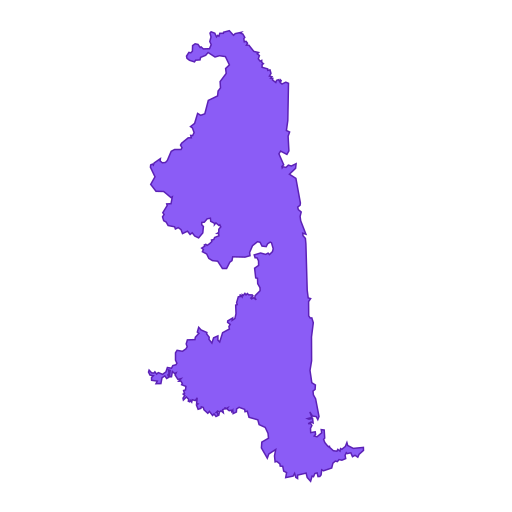 Bajo Baudó (Pizarro), Chocó, Colombia, rotated 180°
{"feature_id": "7082276B26608751492830", "entity_name": "Bajo Baudó (Pizarro)", "entity_type": "district", "adm_level": 2, "iso_a3": "COL", "parent_name": "Colombia", "parent_adm1": "Chocó", "projection": "robinson", "projection_center": [-77.183, 5.002], "detail": "fine", "context": "isolated", "style": "filled", "palette": "violet", "viewbox_px": 512, "rotation_deg": 180, "n_neighbors": 0, "source": "geoboundaries", "source_scale": "gbopen_adm2", "svg_char_len": 6066}
<svg xmlns="http://www.w3.org/2000/svg" viewBox="0 0 512 512"><g transform="rotate(180 256 256)"><path d="M362.9,141.9L363.5,139.9L362.0,136.9L358.7,136.3L360.5,134.4L360.4,131.7L354.7,130.9L356.0,128.3L351.1,128.4L350.0,134.2L347.2,136.1L345.3,133.5L343.1,134.8L344.2,137.1L343.0,138.5L343.5,142.1L341.8,141.6L342.6,136.5L341.6,135.2L340.5,135.2L339.6,140.5L337.4,138.5L335.9,139.2L336.9,137.0L334.1,132.6L330.9,133.4L333.2,130.8L331.1,130.9L329.7,128.6L330.4,127.3L326.1,125.6L326.5,122.1L328.4,121.5L327.5,118.6L328.8,117.9L327.2,116.5L329.0,113.9L328.6,112.0L325.6,115.0L323.3,112.7L323.7,110.8L322.3,110.2L321.6,111.6L320.3,109.9L319.8,112.3L316.7,111.4L314.8,114.2L315.4,108.7L314.0,108.1L315.6,107.1L313.9,102.7L311.1,103.6L310.7,105.2L308.8,104.6L308.0,102.2L304.2,98.7L302.6,100.6L299.4,96.5L298.0,98.1L296.0,95.5L293.2,96.8L292.9,98.3L294.2,97.4L294.4,99.4L295.8,99.5L294.4,101.0L292.6,99.9L291.0,101.2L288.7,99.3L289.3,102.4L287.2,103.2L287.1,104.7L286.4,103.2L284.2,104.3L285.0,103.0L282.8,101.3L280.8,101.8L280.3,100.3L279.2,101.9L278.9,98.4L275.6,100.0L275.4,103.1L272.9,104.7L267.3,102.6L267.0,100.3L264.7,100.8L263.0,94.7L254.2,92.2L252.9,87.4L246.8,84.6L244.0,78.7L243.5,73.8L250.2,69.9L250.6,64.1L244.7,53.8L243.2,58.0L236.3,62.5L237.5,56.1L236.9,50.1L235.2,50.6L232.1,48.1L231.8,45.9L229.3,45.7L228.3,40.9L225.4,39.4L226.3,34.4L218.9,35.9L217.4,38.6L216.2,34.6L214.4,33.5L214.4,36.9L205.9,38.9L204.8,34.5L201.4,30.7L199.9,35.9L198.5,35.3L197.1,38.5L194.9,39.1L194.0,35.4L192.2,35.5L190.9,37.1L190.3,42.2L188.5,41.2L180.3,44.0L179.1,48.8L176.7,50.9L174.6,50.4L173.0,52.4L170.1,51.8L166.3,53.4L166.9,56.7L165.7,59.3L164.8,58.4L161.2,59.2L159.5,55.3L157.0,56.7L154.2,54.8L152.9,57.7L148.5,61.6L148.6,64.6L158.7,63.6L164.3,66.5L165.1,69.4L166.7,65.5L170.2,62.7L171.4,63.4L172.0,60.9L174.2,62.6L175.1,60.8L178.7,61.3L182.4,64.7L182.6,66.3L182.9,64.9L184.2,65.8L187.2,69.5L188.4,72.6L187.3,73.9L187.8,82.0L190.8,82.4L190.3,79.2L195.0,75.2L197.8,76.0L196.4,77.7L196.8,80.2L201.3,79.4L201.5,83.7L200.1,86.5L201.3,88.4L203.8,88.3L200.9,90.0L198.9,89.0L199.4,93.5L203.0,92.8L204.5,93.4L200.1,94.6L202.2,100.1L199.6,96.0L195.8,95.4L194.2,92.4L193.0,95.5L196.4,113.2L198.6,117.1L199.0,120.9L196.9,122.6L196.6,127.0L200.2,129.3L202.0,141.6L200.4,151.2L200.5,175.1L198.7,189.3L200.2,194.1L201.8,194.0L203.3,196.1L203.4,210.4L201.4,213.4L203.8,214.1L204.8,221.8L206.1,268.0L206.6,273.6L209.0,276.3L209.3,278.8L206.1,277.8L211.3,291.2L211.9,295.6L210.8,300.0L213.7,302.4L214.3,304.9L211.9,306.8L211.6,309.0L216.1,333.6L222.6,337.8L216.4,343.7L215.9,348.3L220.7,346.0L223.6,346.9L226.0,344.6L229.1,345.2L229.8,344.2L230.1,345.6L228.3,347.2L233.1,358.2L231.4,360.9L225.1,357.6L223.1,361.1L223.9,375.8L222.4,380.0L225.6,381.5L224.2,391.4L223.5,428.7L226.2,429.8L230.0,428.0L231.8,429.4L230.8,431.3L231.8,432.3L232.4,430.6L233.6,432.3L235.5,431.6L236.2,429.5L239.5,432.0L239.2,433.6L241.3,433.7L240.1,435.3L242.6,435.9L241.0,438.6L242.0,442.1L244.2,441.6L244.3,443.1L249.9,444.7L249.9,447.4L248.6,448.3L250.2,449.6L250.3,451.6L251.8,450.8L253.7,453.1L252.6,456.5L254.8,458.2L253.4,459.5L258.2,460.6L263.1,466.8L265.6,466.8L264.5,468.8L266.0,470.7L267.7,470.2L268.2,473.4L267.2,474.6L269.2,478.0L271.5,478.8L270.6,479.7L276.8,478.4L278.5,476.7L282.7,481.3L288.4,479.8L288.6,478.7L292.2,478.7L293.1,475.8L294.3,476.6L295.5,475.1L297.2,478.8L300.9,480.2L302.0,478.9L301.0,475.0L302.2,470.5L300.8,467.3L302.5,463.3L308.7,463.1L310.9,465.1L311.8,464.5L314.0,467.6L316.9,468.2L319.4,466.4L319.6,460.8L321.2,459.2L323.1,459.6L325.5,455.9L325.0,453.6L322.5,451.7L317.5,450.1L316.4,451.8L312.0,452.1L311.4,454.6L306.3,456.7L303.9,459.5L297.0,455.0L292.5,456.3L286.6,455.4L282.6,447.1L286.4,443.5L285.8,438.6L291.9,430.4L291.5,424.1L293.9,421.0L294.4,416.1L303.7,411.6L307.2,398.2L311.3,396.7L314.4,398.6L317.4,388.6L321.5,385.4L319.6,384.1L317.9,379.4L319.4,376.4L321.3,376.6L320.7,374.2L323.8,374.2L330.3,368.9L331.5,366.9L330.0,364.2L331.0,362.5L337.4,362.5L340.8,360.7L344.7,351.5L346.6,349.5L349.7,349.2L351.9,351.1L351.6,353.4L357.9,349.0L358.7,346.9L359.5,347.9L361.3,347.1L361.6,344.8L357.0,335.2L361.3,327.6L356.0,320.7L348.3,320.5L341.0,314.4L339.7,315.2L341.0,308.3L345.3,308.1L344.8,306.5L349.2,299.3L347.9,297.5L349.5,295.2L348.3,291.3L345.8,289.9L343.9,286.5L337.4,285.2L336.6,283.0L333.8,284.4L331.0,282.4L329.5,278.4L324.5,280.8L321.9,277.5L319.8,279.2L317.3,276.0L313.4,274.1L309.2,279.1L308.6,285.5L310.3,287.3L310.2,289.6L307.7,289.8L304.8,293.2L301.6,293.8L301.3,290.7L297.4,288.6L297.5,287.4L296.1,289.1L293.0,286.5L292.2,287.2L291.2,285.1L293.2,282.8L293.3,279.6L294.8,278.6L293.4,278.5L293.1,276.2L297.4,274.5L298.2,272.5L300.5,272.0L300.2,270.4L302.3,268.4L304.9,266.6L306.2,267.7L307.7,267.0L307.3,265.8L310.3,263.9L308.6,262.5L309.6,260.3L305.3,258.0L303.2,253.6L299.6,251.4L294.3,250.8L289.6,243.5L285.4,243.5L282.2,249.8L280.0,251.4L279.3,255.2L267.0,254.9L262.0,256.3L262.4,259.5L259.5,266.3L254.5,270.3L251.9,269.7L250.0,265.9L245.8,265.4L244.4,268.2L241.8,269.9L240.5,269.2L238.8,263.3L239.5,260.4L242.6,257.4L243.9,258.9L246.3,257.6L251.4,259.0L257.8,257.1L256.9,254.2L255.0,254.2L253.5,251.2L253.4,246.6L257.4,243.8L256.3,234.1L254.5,233.7L254.3,228.3L252.0,224.3L251.9,221.3L256.9,216.3L257.2,214.0L255.7,212.2L258.5,214.2L260.4,213.1L261.2,213.9L259.0,216.1L259.8,217.1L263.4,217.2L264.6,218.5L266.0,217.1L267.1,218.6L268.8,216.5L269.8,217.3L269.9,215.1L272.2,217.5L271.5,215.5L273.7,215.2L275.4,209.4L274.8,207.4L276.3,206.9L276.0,198.3L277.1,193.5L279.8,191.7L279.4,194.0L284.3,191.1L284.4,189.6L281.8,187.6L283.1,185.5L282.6,183.0L289.4,179.3L292.3,170.0L294.1,171.9L294.1,176.1L298.4,174.2L300.1,168.9L303.0,172.6L302.8,174.8L305.4,178.1L305.1,179.5L311.0,182.1L313.3,184.7L314.7,179.9L313.1,178.7L316.7,174.7L317.0,172.4L324.6,172.1L325.8,168.1L324.8,165.2L326.1,163.1L329.6,160.7L334.9,161.7L336.5,159.2L336.5,151.8L335.1,148.8L336.0,147.3L339.2,146.4L340.5,143.8L344.6,144.5L346.1,140.1L349.4,137.7L353.7,139.4L355.4,137.9L357.1,140.2L358.2,138.9L360.4,139.2L362.9,141.9Z" fill="#8b5cf6" stroke="#5b21b6" stroke-width="1.5"/></g></svg>